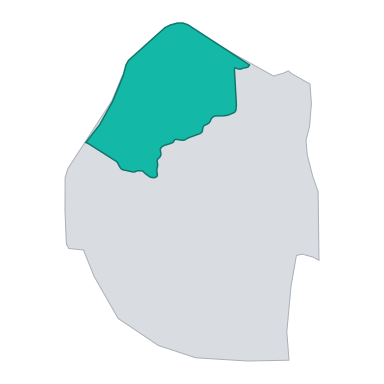 Hhohho on a map of eSwatini (orthographic projection)
{"feature_id": "SWZ-534", "entity_name": "Hhohho", "entity_type": "District", "adm_level": 1, "iso_a3": "SWZ", "parent_name": "eSwatini", "parent_adm1": "", "projection": "orthographic", "projection_center": [31.368, -26.096], "detail": "fine", "context": "in_parent", "style": "filled", "palette": "teal", "viewbox_px": 384, "rotation_deg": 0, "n_neighbors": 0, "source": "natural_earth", "source_scale": "10m", "svg_char_len": 1886}
<svg xmlns="http://www.w3.org/2000/svg" viewBox="0 0 384 384"><path d="M288.3,70.9L292.2,74.0L310.0,84.0L311.4,103.7L309.6,126.2L306.0,140.4L307.2,154.6L312.8,176.6L318.1,191.7L319.0,260.3L313.1,257.1L302.2,254.1L296.4,255.5L291.0,286.2L286.8,331.8L289.0,360.2L247.8,361.0L195.7,357.8L158.4,345.5L118.2,318.5L94.1,276.4L83.5,250.0L68.8,248.5L66.4,244.0L65.0,211.7L65.1,177.7L67.8,168.7L95.0,126.8L111.9,100.8L122.4,75.6L145.3,46.1L170.0,27.2L179.2,24.5L185.5,25.3L229.0,51.3L273.5,76.0L283.2,73.2L288.3,70.9Z" fill="#d9dde1" stroke="#a8b0b8" stroke-width="1"/><path d="M182.8,23.0L187.8,24.7L208.2,38.0L228.7,51.3L246.4,62.9L249.5,65.0L248.2,66.9L247.2,67.3L245.9,67.7L244.7,67.7L243.7,68.0L241.6,68.8L240.4,69.1L239.2,69.1L238.0,68.9L235.0,67.7L234.4,69.5L236.4,105.0L235.9,110.3L234.5,112.4L228.2,115.1L224.2,115.8L216.5,115.9L215.2,116.0L213.8,116.5L212.1,117.7L211.2,118.8L210.2,121.3L209.7,122.0L209.1,122.8L207.4,124.0L204.3,125.5L203.5,126.2L203.0,127.2L202.4,130.7L202.1,131.7L201.7,132.3L201.2,132.8L199.9,133.6L188.7,137.7L186.6,138.8L185.5,139.6L184.2,140.1L182.5,140.3L175.7,139.3L174.9,139.6L174.3,140.3L173.9,140.9L173.5,141.9L173.2,142.2L172.4,142.7L170.5,143.5L164.7,145.3L162.8,146.2L161.6,147.1L160.8,148.1L160.3,149.0L160.3,150.1L160.8,152.9L160.9,154.6L160.6,155.8L160.0,156.9L157.8,159.1L157.1,160.2L157.1,161.3L157.4,162.7L157.7,164.5L157.5,166.4L157.0,168.3L156.8,170.4L157.2,173.9L157.3,175.5L156.8,176.5L155.8,177.2L154.3,177.7L152.1,177.6L149.8,176.9L145.8,174.0L144.2,172.6L143.2,171.4L142.6,171.0L141.5,170.9L139.0,170.7L137.3,170.9L136.1,171.2L134.5,172.0L132.5,171.9L123.8,169.9L122.8,169.8L121.6,169.2L120.7,168.3L119.3,166.1L117.6,162.9L117.1,162.1L116.5,161.5L88.2,143.5L85.8,142.5L99.7,124.7L112.7,101.3L123.0,76.2L126.0,64.9L128.5,60.4L145.5,45.1L165.0,27.6L170.5,24.9L177.1,23.1L182.8,23.0Z" fill="#14b8a6" stroke="#0f766e" stroke-width="1.5"/></svg>